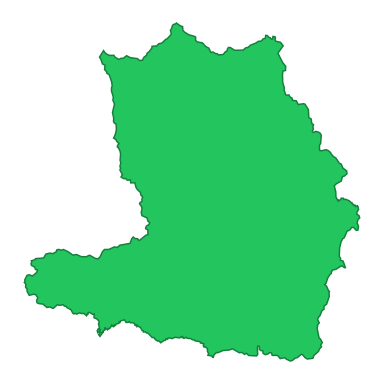 outline of Chiang Dao, Chiang Mai, Thailand
{"feature_id": "78962969B42466635698108", "entity_name": "Chiang Dao", "entity_type": "district", "adm_level": 2, "iso_a3": "THA", "parent_name": "Thailand", "parent_adm1": "Chiang Mai", "projection": "mercator", "projection_center": [98.857, 19.536], "detail": "fine", "context": "isolated", "style": "filled", "palette": "green", "viewbox_px": 384, "rotation_deg": 0, "n_neighbors": 0, "source": "geoboundaries", "source_scale": "gbopen_adm2", "svg_char_len": 5941}
<svg xmlns="http://www.w3.org/2000/svg" viewBox="0 0 384 384"><path d="M273.0,36.4L272.6,38.9L271.6,39.3L270.2,37.7L268.5,37.2L267.5,35.6L265.7,35.4L265.3,38.3L262.9,39.0L261.5,41.0L258.2,41.4L256.2,42.9L250.2,45.3L248.2,47.4L246.0,47.7L243.1,50.1L234.7,50.3L230.4,47.6L228.7,47.4L227.7,48.3L226.8,51.3L225.5,51.6L223.3,54.4L218.5,55.0L217.2,53.7L215.6,53.6L212.9,52.0L210.8,52.4L208.8,48.1L205.6,46.5L202.5,42.9L197.2,41.9L195.5,40.2L195.7,37.5L195.2,36.6L188.7,34.7L184.4,32.0L182.9,30.3L182.6,26.6L180.6,26.0L176.3,23.0L175.4,24.0L173.3,24.5L172.3,25.9L171.5,28.8L170.4,30.2L171.3,33.6L170.5,35.2L167.0,38.9L165.7,39.4L161.8,43.1L158.8,43.7L156.8,45.9L152.0,46.3L151.9,48.0L149.2,51.6L147.1,53.2L146.5,55.3L143.8,57.4L142.5,60.2L139.5,60.5L137.5,58.6L130.4,57.7L126.6,55.7L122.9,58.5L121.2,58.2L119.0,59.4L115.4,57.5L113.8,55.3L109.5,55.4L107.2,54.4L105.1,52.9L103.6,50.6L99.5,57.1L101.0,59.5L102.4,63.9L105.0,65.2L104.6,69.6L106.4,71.5L106.9,73.3L109.2,74.7L111.7,82.1L112.2,85.9L111.5,87.8L111.5,91.1L113.3,96.9L112.9,100.3L114.5,104.0L112.5,112.5L113.7,118.1L113.5,121.4L114.1,122.8L116.1,124.1L116.4,129.7L115.2,134.8L113.6,138.1L116.0,139.6L116.7,141.4L118.9,143.5L117.6,145.4L117.3,147.0L118.2,147.5L120.0,151.0L120.6,153.9L120.1,160.3L120.8,162.9L119.9,166.6L120.7,167.9L119.9,170.0L122.4,174.6L121.0,177.0L123.9,178.7L125.5,178.5L127.3,180.2L130.2,179.9L130.8,182.9L134.9,182.8L135.9,187.2L137.4,189.7L140.4,192.4L140.8,195.0L142.7,197.0L141.9,199.1L142.0,201.2L139.7,203.0L139.6,203.9L141.7,206.8L142.0,209.2L141.2,212.3L141.9,215.6L147.1,217.9L147.8,221.0L149.7,222.7L148.9,224.5L146.3,226.2L145.6,228.1L145.7,228.7L147.8,229.8L148.0,234.6L145.9,235.2L139.5,240.4L138.8,240.3L137.6,238.7L135.1,238.6L133.2,237.0L131.9,238.6L130.0,243.4L119.8,245.2L117.4,247.4L114.3,246.9L109.0,249.4L104.5,249.5L102.6,251.5L100.0,257.0L97.9,258.8L95.5,258.5L89.6,255.2L86.0,256.8L81.1,256.6L76.6,254.5L72.9,255.1L68.1,251.7L63.4,249.5L61.5,250.2L58.4,249.4L56.7,250.0L56.2,251.8L53.1,253.6L49.8,253.1L45.9,254.1L43.6,258.0L35.5,258.6L34.9,259.7L31.3,260.8L31.8,262.1L31.0,263.7L31.5,265.5L33.7,266.4L35.0,267.8L35.4,269.4L37.5,269.9L36.7,272.5L32.4,276.0L29.1,274.7L27.0,275.4L24.7,280.0L25.0,281.6L24.3,282.5L25.8,284.0L25.6,287.3L27.0,288.9L27.1,291.4L29.2,295.3L33.5,294.3L35.7,294.6L37.8,297.7L36.6,300.4L37.0,302.7L38.7,303.6L43.0,304.1L47.0,307.5L49.4,306.9L53.3,308.4L57.4,304.7L59.3,305.4L63.3,304.7L64.3,306.0L66.3,306.5L67.0,307.6L71.1,309.8L72.6,312.9L73.8,313.9L75.1,313.4L76.7,314.1L79.5,312.9L81.9,313.6L83.8,313.4L86.5,315.7L86.7,314.6L87.2,314.8L88.2,313.8L87.8,313.1L88.4,312.5L89.5,312.4L92.8,314.4L94.2,314.0L94.0,317.7L97.1,319.1L99.0,321.3L99.2,322.6L98.5,323.8L99.7,329.3L98.3,328.8L97.2,330.6L97.7,332.6L100.0,330.6L99.5,333.5L98.6,334.6L100.0,336.4L102.3,333.2L101.4,332.4L103.3,332.3L103.4,330.5L104.8,330.1L104.8,328.3L105.6,328.8L105.8,328.2L107.4,329.8L108.3,328.5L108.7,329.0L110.3,327.8L111.7,325.1L112.3,326.3L113.9,325.2L113.9,326.4L115.8,325.0L116.0,324.1L118.9,323.3L119.1,322.0L120.0,322.4L120.6,320.9L124.5,319.8L126.1,322.5L128.8,322.2L129.3,321.6L130.4,322.8L133.3,322.8L134.9,324.2L134.8,325.0L136.1,324.7L136.1,325.6L137.2,325.4L137.0,326.6L138.2,326.2L140.6,327.7L142.2,330.6L143.2,330.7L143.4,332.0L145.3,331.9L146.6,333.0L148.1,333.2L152.2,337.6L154.2,337.6L155.2,339.5L157.8,341.1L158.7,340.8L160.8,342.8L163.9,340.5L165.0,340.5L166.0,339.6L166.1,338.7L167.6,339.2L167.8,338.4L169.2,337.9L172.1,338.6L175.0,337.3L179.7,337.9L181.0,336.8L181.5,337.4L182.7,336.6L183.1,338.0L184.0,338.4L186.2,337.3L187.1,338.2L190.9,338.7L192.6,339.8L194.8,340.1L195.0,340.8L199.4,341.6L200.5,342.2L200.5,343.0L203.8,343.7L203.3,345.8L204.1,347.1L204.7,346.5L207.4,348.5L207.5,351.6L208.6,353.4L207.9,355.3L211.8,356.0L212.6,357.3L213.3,357.4L214.0,354.8L216.5,352.5L217.5,352.8L223.2,350.5L229.3,350.0L232.6,348.8L239.1,352.7L242.0,352.5L244.5,354.4L246.3,353.3L248.8,355.5L256.6,355.9L257.7,354.5L257.3,347.6L257.9,346.0L259.4,346.4L259.3,349.3L260.8,350.5L262.8,350.8L263.1,353.4L265.3,354.7L268.1,353.9L269.4,352.7L270.7,352.6L271.6,353.3L272.2,355.4L277.5,355.4L280.2,358.6L284.7,357.7L286.4,359.2L290.3,361.0L292.3,360.5L295.3,358.1L297.3,357.6L301.3,354.4L302.4,354.5L305.1,357.7L307.3,359.0L312.9,358.3L313.9,355.5L318.6,351.3L319.5,348.9L321.5,346.8L320.6,345.0L322.3,342.6L320.5,339.1L319.1,338.0L317.0,327.8L317.6,326.5L317.4,325.2L319.3,322.8L317.6,319.7L318.2,317.7L320.1,315.4L321.9,310.7L324.0,309.2L324.0,306.1L326.6,304.2L329.3,296.4L329.0,292.8L329.5,291.4L328.6,290.8L326.4,285.9L324.6,284.5L326.0,283.3L327.7,278.0L329.8,274.7L331.4,273.3L331.4,271.7L332.9,269.9L336.0,269.3L341.0,266.0L342.5,266.1L344.4,267.7L345.4,267.6L343.1,261.1L340.5,260.3L340.5,258.2L339.3,256.4L339.6,247.9L341.1,241.8L342.6,238.9L344.3,237.6L347.0,231.3L349.9,229.9L351.7,227.4L353.5,227.4L356.3,230.4L357.9,230.1L358.5,226.3L357.1,222.8L358.0,219.7L359.7,217.8L359.0,215.6L356.7,214.0L357.2,211.6L358.5,209.7L358.2,207.1L357.4,205.7L355.7,206.5L355.3,205.4L354.5,205.6L353.8,204.6L353.2,204.9L351.8,202.6L351.2,202.8L349.3,200.8L345.7,199.3L343.8,199.5L343.5,198.3L341.2,198.2L340.9,199.4L339.7,200.3L338.7,200.0L338.7,200.9L338.0,201.1L335.9,196.7L335.8,191.9L334.3,185.9L336.2,183.9L341.3,181.0L342.4,176.7L344.5,176.0L347.0,173.7L346.7,170.9L342.9,168.1L341.3,164.2L339.2,163.1L336.0,158.2L333.3,156.4L331.1,153.9L330.6,152.6L328.3,150.6L326.1,149.7L321.4,150.8L319.5,150.2L319.5,145.2L320.6,143.5L321.3,135.3L320.0,133.0L318.0,131.9L315.7,131.4L313.7,132.4L312.6,132.0L312.4,130.9L313.4,129.1L312.9,126.9L313.5,124.6L311.8,123.5L311.2,119.0L308.8,117.5L308.4,109.6L305.0,104.2L303.6,103.7L298.2,104.5L296.3,100.8L292.3,100.3L292.1,98.2L290.2,97.1L288.9,94.9L286.5,95.2L285.7,94.7L284.0,89.7L284.4,88.1L282.7,82.3L282.5,74.5L282.9,71.1L285.5,70.5L285.7,66.3L282.7,62.6L277.9,53.2L283.2,45.8L280.5,42.3L275.8,41.2L275.1,40.3L275.4,37.3L274.9,36.7L273.0,36.4Z" fill="#22c55e" stroke="#15803d" stroke-width="1.5"/></svg>